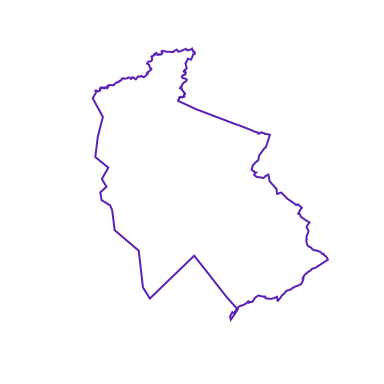 the district of Mārkalnes pag., Aluksne, Latvia, rotated 234°
{"feature_id": "27541924B80787843923364", "entity_name": "Mārkalnes pag.", "entity_type": "district", "adm_level": 2, "iso_a3": "LVA", "parent_name": "Latvia", "parent_adm1": "Aluksne", "projection": "orthographic", "projection_center": [27.239, 57.508], "detail": "fine", "context": "isolated", "style": "outline", "palette": "violet", "viewbox_px": 384, "rotation_deg": 234, "n_neighbors": 0, "source": "geoboundaries", "source_scale": "gbopen_adm2", "svg_char_len": 5921}
<svg xmlns="http://www.w3.org/2000/svg" viewBox="0 0 384 384"><g transform="rotate(234 192 192)"><path d="M57.4,262.1L58.0,262.3L58.6,262.3L59.0,262.4L60.7,262.6L63.7,261.7L64.1,261.6L64.5,261.9L64.6,261.4L65.3,261.0L67.5,260.8L69.3,259.9L70.3,259.1L71.9,258.1L72.0,257.8L72.1,257.6L72.5,257.3L73.2,256.5L73.6,256.2L74.0,256.0L77.4,255.5L78.0,255.3L78.5,254.8L79.3,254.4L80.1,254.2L81.2,254.2L82.5,254.5L85.0,255.6L86.4,256.6L86.7,257.5L87.8,257.7L88.1,257.9L89.0,259.0L89.5,259.9L90.0,260.3L90.4,261.4L90.7,261.9L91.1,262.2L91.6,263.1L91.9,263.2L92.5,263.6L95.8,263.8L96.9,265.0L98.3,269.2L102.5,267.4L108.0,265.5L110.2,266.2L110.7,266.2L111.9,265.2L114.0,269.1L114.2,270.2L114.6,271.6L119.9,270.4L120.1,268.6L124.7,267.3L130.2,265.3L139.1,263.9L139.5,262.9L140.2,260.1L140.5,259.7L144.9,262.2L154.8,261.1L156.2,261.7L161.2,264.0L161.7,260.7L161.7,260.4L161.2,259.0L161.5,257.6L163.0,256.7L164.3,255.0L165.2,254.4L165.4,254.0L166.1,253.3L166.7,253.0L169.4,252.3L170.0,253.5L170.0,254.6L170.1,255.1L170.3,254.8L175.1,253.3L177.9,257.0L178.8,262.5L178.6,263.6L178.6,263.9L179.1,264.6L181.9,267.6L182.2,268.1L184.8,276.3L185.0,278.4L192.5,288.7L195.6,285.9L196.0,285.2L196.4,285.0L197.0,285.0L198.2,283.9L199.5,283.3L199.6,283.1L199.7,280.5L200.2,280.0L200.7,279.8L201.4,280.2L204.3,277.9L206.6,276.7L219.3,268.6L220.6,267.5L228.1,262.6L256.7,243.9L273.7,234.4L274.4,235.4L274.6,235.2L274.8,235.3L274.8,235.7L274.9,235.9L275.0,236.4L275.4,236.7L275.3,236.8L275.5,237.2L275.9,237.3L276.0,237.5L275.7,237.8L275.8,238.0L275.6,238.2L275.6,238.6L275.3,238.7L275.4,239.1L274.7,239.3L274.5,239.5L274.6,240.0L274.1,240.5L274.4,240.6L274.3,240.9L273.8,241.2L273.7,241.6L273.8,242.0L275.0,242.3L275.3,242.7L275.2,243.8L276.0,244.3L276.9,243.9L277.5,243.8L278.0,244.2L279.1,244.2L280.4,243.8L281.1,244.0L281.6,244.4L282.1,244.3L282.7,243.3L282.8,243.2L283.0,243.2L283.6,244.4L283.3,245.6L283.3,245.9L283.4,246.0L283.9,246.0L284.0,246.4L284.9,247.7L285.3,250.3L285.3,250.8L285.1,252.2L285.3,252.8L285.6,253.5L286.0,253.8L286.6,253.8L287.3,253.5L289.5,251.5L289.9,251.4L290.6,251.6L291.1,251.4L291.3,251.4L291.5,251.6L291.4,252.4L291.7,253.0L291.7,254.1L291.0,255.1L291.4,255.6L291.3,256.2L291.4,256.3L291.6,256.5L292.0,256.5L292.2,257.0L292.5,257.3L293.0,257.1L294.0,256.2L294.6,256.3L294.8,256.6L294.5,257.8L294.9,258.1L294.8,258.3L294.8,259.0L295.2,260.5L299.9,262.3L300.4,263.8L302.3,267.1L301.2,267.7L300.5,268.4L299.7,269.0L300.6,270.7L302.7,274.1L302.0,275.2L302.9,276.2L304.7,276.1L304.8,275.5L308.0,276.3L307.9,274.9L308.1,274.2L308.5,273.5L308.9,272.0L309.1,271.6L311.4,271.2L311.6,270.1L311.9,268.9L312.6,265.5L313.6,263.4L316.2,263.2L316.2,262.8L316.6,260.9L316.2,259.1L317.5,257.4L318.4,256.6L319.9,254.4L322.7,252.0L323.1,251.0L323.4,251.1L323.6,249.9L321.8,249.6L321.9,249.3L321.3,248.2L321.3,247.9L321.5,247.6L322.1,247.3L322.4,247.0L322.4,246.9L322.2,246.6L322.3,246.3L322.6,246.2L323.1,245.8L323.1,245.4L322.9,244.9L323.3,244.6L323.8,244.9L325.4,244.9L325.4,244.3L325.7,243.9L325.8,243.5L325.7,243.1L325.0,242.9L324.9,242.7L325.4,242.4L325.6,242.0L325.5,241.8L325.2,241.4L324.9,241.0L325.4,239.2L325.4,238.8L323.7,238.3L322.8,237.7L322.5,237.5L322.0,236.4L321.9,235.7L322.8,233.9L323.0,233.2L323.0,232.5L322.8,232.0L322.5,231.4L322.3,231.2L321.9,231.2L321.3,231.7L320.0,232.0L318.2,231.2L317.2,231.3L316.8,231.1L315.8,231.5L315.1,231.3L315.0,231.0L315.2,230.0L314.8,228.7L314.7,227.9L314.9,227.3L315.0,226.7L314.6,226.2L314.9,225.7L314.7,225.3L314.3,225.4L314.2,225.6L313.9,225.7L313.6,225.6L313.2,222.8L313.3,222.1L313.1,221.8L313.3,221.0L313.2,220.4L313.3,220.2L315.1,219.6L315.8,219.1L316.0,218.5L315.9,217.5L316.9,216.7L317.0,216.3L317.2,216.0L317.1,215.4L316.7,214.6L316.2,212.8L317.6,212.4L318.2,212.0L319.0,211.9L319.8,211.5L319.9,211.2L319.3,209.8L319.2,209.4L319.3,209.2L319.7,208.9L320.8,209.0L321.1,208.9L321.5,208.6L322.1,207.7L321.9,207.0L322.0,206.4L322.9,205.0L323.4,203.9L323.5,203.6L324.6,202.9L324.9,202.5L325.0,202.0L324.9,201.7L324.1,200.8L324.0,200.5L324.1,199.3L324.5,198.8L324.6,198.6L324.2,198.2L324.2,197.9L324.2,197.1L325.1,194.9L324.8,194.3L324.9,193.4L324.8,192.5L324.4,191.8L324.4,191.3L325.1,190.6L326.6,188.7L327.0,188.3L327.2,187.9L327.4,187.3L327.4,187.1L326.8,186.7L327.1,186.4L327.2,186.2L326.6,186.0L326.6,185.6L326.2,185.4L326.1,185.2L326.5,185.3L326.8,185.0L326.8,184.9L326.4,184.6L326.4,184.2L326.6,184.1L326.8,184.4L327.5,183.8L327.2,183.0L327.3,182.8L327.2,182.2L327.3,182.0L328.0,181.7L328.0,182.3L328.3,182.2L328.5,181.9L328.4,181.3L328.7,180.8L328.8,180.5L329.0,180.4L329.1,180.7L329.4,180.5L330.0,180.1L330.1,179.9L330.0,179.4L329.6,179.6L329.3,179.5L329.9,179.0L329.6,178.6L329.6,178.1L328.5,177.5L328.2,177.1L328.1,176.8L328.1,176.5L328.2,175.9L328.4,175.5L329.3,175.2L330.6,173.9L330.6,173.6L329.6,174.5L326.2,166.8L305.1,164.0L292.1,148.3L277.1,134.3L260.9,138.6L255.5,126.7L246.5,125.9L245.6,117.6L238.5,114.1L229.4,117.9L223.9,116.6L206.6,107.0L175.8,114.4L143.6,96.2L130.6,95.3L139.0,155.1L138.8,155.6L139.1,155.6L139.2,156.3L115.1,157.3L88.1,158.2L71.0,159.8L70.6,158.1L69.2,154.6L71.1,154.0L68.8,149.5L65.9,148.4L67.7,153.6L70.0,159.6L70.4,160.3L71.5,161.5L71.7,161.8L71.8,162.1L71.0,165.6L70.5,166.7L70.3,168.4L70.0,170.1L70.2,171.0L70.1,171.6L70.5,173.3L70.3,173.5L70.2,173.5L69.5,172.7L69.1,172.7L68.9,173.0L68.8,173.6L69.0,174.1L69.0,174.6L68.5,175.2L67.9,175.6L67.8,175.9L67.6,176.3L68.1,177.3L68.3,178.4L69.3,180.4L69.4,182.6L69.1,185.0L65.4,188.2L64.4,189.7L62.9,189.0L61.7,190.3L59.4,192.6L58.1,195.4L57.2,199.2L54.0,197.4L53.6,197.4L53.6,198.3L53.7,198.9L54.5,201.5L55.4,203.7L55.6,205.1L55.6,207.3L55.7,207.9L56.4,209.3L56.5,210.1L56.4,210.8L55.2,214.5L55.1,215.0L55.2,216.5L55.0,218.1L55.0,219.1L53.6,224.1L53.4,226.4L54.7,229.0L55.8,230.5L57.4,232.1L57.5,231.6L58.2,232.9L58.6,234.3L59.1,238.0L58.8,242.0L59.2,243.1L59.2,244.4L58.9,245.4L58.2,246.6L57.6,257.3L57.7,257.7L57.3,261.7L57.4,262.1Z" fill="none" stroke="#5b21b6" stroke-width="2"/></g></svg>